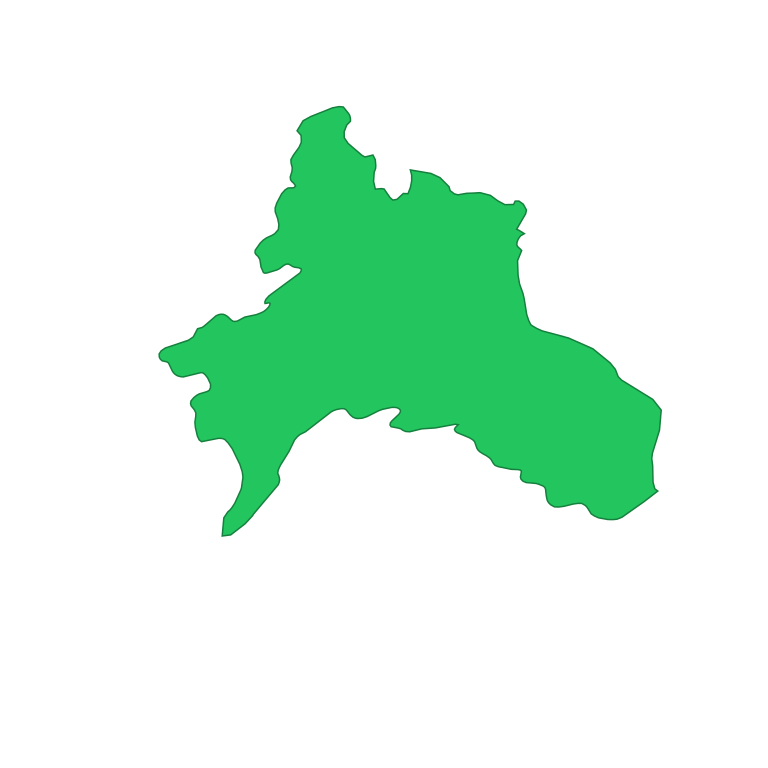 the County of Roscommon, rotated 321°
{"feature_id": "IRL-727", "entity_name": "Roscommon", "entity_type": "County", "adm_level": 1, "iso_a3": "IRL", "parent_name": "Ireland", "parent_adm1": "", "projection": "natural_earth1", "projection_center": [-8.318, 53.695], "detail": "fine", "context": "isolated", "style": "filled", "palette": "green", "viewbox_px": 768, "rotation_deg": 321, "n_neighbors": 0, "source": "natural_earth", "source_scale": "10m", "svg_char_len": 4203}
<svg xmlns="http://www.w3.org/2000/svg" viewBox="0 0 768 768"><g transform="rotate(321 384 384)"><path d="M577.7,584.3L569.0,593.3L549.2,606.6L545.2,610.4L541.5,616.4L531.3,629.6L528.5,635.9L529.4,639.5L512.4,639.1L485.1,637.3L480.0,635.7L476.5,633.4L472.7,630.2L466.5,623.0L464.4,618.8L463.3,615.3L464.2,608.2L464.2,606.8L464.0,605.0L462.5,601.2L459.7,598.9L455.6,596.4L446.9,592.3L442.3,589.5L439.1,586.7L437.5,582.7L437.2,579.7L437.7,577.0L439.7,573.1L443.4,567.3L443.9,565.4L443.4,563.3L441.3,559.5L439.6,557.0L432.4,550.0L430.8,546.9L430.6,544.1L431.5,542.1L434.9,539.2L436.1,537.8L435.5,536.3L434.2,534.8L429.1,530.3L423.6,523.5L422.0,521.7L420.5,519.7L419.1,517.1L419.0,514.6L419.7,510.0L419.5,507.7L418.4,503.9L417.1,500.9L415.8,497.0L415.5,494.6L415.8,492.3L418.1,485.9L418.0,484.0L417.6,482.4L416.5,479.4L410.1,467.6L409.7,465.6L410.2,463.6L412.1,462.7L416.1,462.3L414.0,460.1L396.5,450.6L385.1,442.6L373.9,437.3L371.0,434.6L369.5,431.8L368.9,429.5L367.4,427.3L362.6,421.6L362.9,419.6L364.5,418.2L367.1,417.6L376.7,416.9L379.2,416.0L380.3,414.5L380.1,412.5L379.2,410.6L377.7,409.0L375.4,407.1L366.8,402.7L362.9,401.4L350.4,398.7L345.4,396.8L341.5,394.0L340.1,392.3L339.0,390.3L338.6,388.3L338.3,386.1L338.4,380.4L337.5,378.2L335.2,376.2L331.1,374.0L328.0,372.9L325.2,372.4L292.9,371.7L287.1,370.4L283.6,370.4L279.3,371.2L267.8,376.6L252.2,382.0L247.8,384.2L245.2,386.5L244.6,388.9L243.6,391.1L242.5,392.9L240.7,394.4L238.5,395.7L201.1,402.9L198.7,403.7L188.1,405.2L169.9,404.8L162.6,400.3L175.3,387.2L182.2,385.1L185.0,385.0L187.9,384.4L192.9,382.8L206.1,376.2L207.9,375.0L215.8,367.6L218.6,363.0L221.4,355.8L225.3,339.0L225.8,331.8L225.4,327.1L224.4,325.1L222.8,323.4L221.1,322.0L205.9,314.0L205.2,311.1L206.2,307.0L210.1,299.0L213.0,294.7L217.4,290.6L219.5,288.2L220.4,284.8L220.4,279.6L221.4,277.4L223.4,275.7L227.6,274.9L231.0,274.9L234.1,275.4L241.4,278.4L244.0,279.0L246.8,277.7L249.1,275.0L250.8,268.3L250.9,264.4L250.3,261.4L248.8,259.9L232.5,252.2L230.9,250.7L229.6,249.1L228.5,247.3L227.7,244.9L227.5,242.5L227.8,240.1L229.8,231.9L229.0,229.9L226.2,226.4L225.8,224.1L226.3,221.7L228.2,219.1L231.8,218.0L236.7,218.4L259.6,226.9L265.4,227.4L273.9,223.7L278.2,225.6L280.7,225.8L296.5,225.3L299.3,226.1L301.4,227.3L303.1,228.9L304.1,230.7L304.9,233.1L305.5,237.9L306.1,240.2L307.7,241.7L309.7,242.8L318.0,244.4L328.3,249.7L333.5,251.4L336.5,252.0L339.7,252.0L342.6,251.6L344.9,250.8L346.2,249.6L345.2,248.0L343.7,247.5L342.2,246.5L343.1,245.2L345.4,243.9L350.2,243.1L388.5,244.8L390.7,244.0L392.1,242.6L391.1,240.3L387.9,236.8L386.8,234.9L386.1,232.6L385.2,230.7L383.6,229.4L381.1,228.8L375.3,228.6L372.6,228.0L363.0,224.1L361.3,223.0L360.7,222.3L360.5,221.2L361.2,218.9L362.0,215.8L365.9,209.1L366.4,205.6L366.0,202.9L366.3,200.9L368.1,199.0L376.1,196.7L380.6,196.2L384.7,196.5L390.5,198.0L393.6,198.4L399.0,197.5L400.4,196.2L402.6,194.0L405.5,188.5L407.8,181.8L410.2,178.7L414.5,175.9L424.3,171.7L429.4,170.9L432.9,171.3L436.4,174.1L438.0,174.8L439.9,174.4L440.2,171.3L439.8,168.9L439.9,166.5L441.4,164.1L446.2,160.9L448.8,158.2L450.9,153.7L452.9,151.0L457.7,149.1L466.9,146.6L471.7,144.2L473.7,141.8L476.0,138.6L475.8,132.5L486.8,128.5L495.3,130.0L517.6,136.9L523.6,140.1L526.7,143.1L526.7,150.9L526.5,153.2L525.7,155.3L524.7,157.0L523.3,158.7L518.0,159.3L511.8,162.9L508.1,167.6L507.5,174.5L510.8,192.5L512.1,195.6L519.5,199.1L518.4,204.2L515.0,209.2L513.0,211.3L509.6,213.3L503.4,220.0L499.9,227.1L504.8,230.4L506.8,232.5L506.0,242.8L506.6,246.6L510.3,248.7L518.9,248.1L522.4,251.2L528.3,247.8L533.3,243.6L537.0,239.0L539.2,234.2L553.0,249.9L557.4,258.9L558.7,271.6L557.1,275.3L558.3,280.5L560.5,283.5L568.2,287.8L573.4,291.7L579.1,295.8L585.4,304.4L587.6,312.9L590.8,320.7L597.7,326.0L601.1,324.4L604.0,326.8L605.4,331.9L604.2,338.5L601.1,340.9L584.5,347.2L585.6,349.5L587.7,355.5L583.4,354.8L579.8,355.7L577.0,357.3L574.8,359.3L574.3,361.5L574.8,364.4L575.0,366.9L565.4,372.2L556.6,383.9L552.3,391.6L548.9,401.3L546.5,406.1L538.6,419.9L536.4,425.8L535.4,430.2L536.0,432.5L537.7,437.0L540.3,442.2L556.3,464.3L568.5,488.1L573.0,509.8L573.0,518.2L570.6,525.7L571.1,530.6L583.2,565.1L583.0,578.8L578.0,583.9L577.7,584.3Z" fill="#22c55e" stroke="#15803d" stroke-width="1.5"/></g></svg>